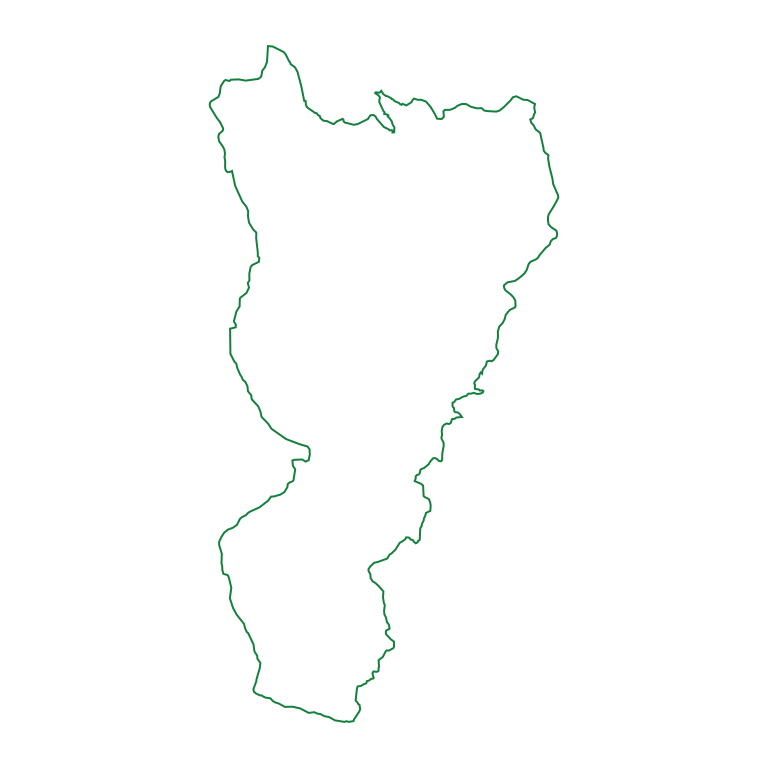 Matman, Shan, Myanmar (Natural Earth projection)
{"feature_id": "60261553B76959974834297", "entity_name": "Matman", "entity_type": "district", "adm_level": 2, "iso_a3": "MMR", "parent_name": "Myanmar", "parent_adm1": "Shan", "projection": "natural_earth1", "projection_center": [98.878, 22.187], "detail": "fine", "context": "isolated", "style": "outline", "palette": "green", "viewbox_px": 768, "rotation_deg": 0, "n_neighbors": 0, "source": "geoboundaries", "source_scale": "gbopen_adm2", "svg_char_len": 6081}
<svg xmlns="http://www.w3.org/2000/svg" viewBox="0 0 768 768"><path d="M256.3,681.3L253.4,689.2L254.0,691.8L256.0,693.5L260.0,695.4L261.7,695.4L263.6,696.8L266.0,697.7L270.4,698.3L272.8,701.0L274.9,702.3L278.7,703.5L284.9,706.9L292.5,706.7L300.1,708.4L308.7,712.9L314.3,712.2L317.7,713.7L320.3,714.0L324.2,716.1L329.1,717.1L335.1,720.4L344.6,721.9L346.3,721.2L348.8,721.9L353.5,721.1L354.0,719.4L359.3,711.4L360.2,709.2L359.5,704.8L358.1,703.9L357.4,702.3L355.9,700.9L355.7,700.0L356.9,688.7L357.7,686.4L361.1,685.9L363.7,684.2L365.1,683.9L366.4,683.1L366.8,681.2L369.1,680.5L371.0,678.9L373.4,678.5L373.7,677.7L372.8,675.2L372.5,673.2L373.4,671.5L377.2,671.8L378.6,670.7L378.5,668.4L379.0,666.9L378.6,660.2L382.8,657.0L385.8,651.2L386.7,650.4L388.9,650.6L393.4,648.1L394.1,646.3L393.9,641.6L390.8,639.3L386.1,634.3L385.8,632.2L386.2,630.5L389.5,628.8L389.5,628.1L389.0,625.1L388.1,623.4L387.1,622.5L385.8,617.1L384.4,614.4L384.1,610.8L384.8,605.2L383.9,602.9L383.0,597.6L383.4,591.4L378.7,586.1L375.3,582.9L372.8,581.5L370.6,578.2L370.4,574.4L368.6,571.0L368.5,569.1L370.4,566.3L374.1,562.8L377.8,562.0L387.1,558.6L389.5,554.7L391.9,553.1L395.4,549.7L399.9,542.6L401.4,542.0L405.2,539.3L406.3,537.3L409.3,537.7L410.4,539.4L412.9,540.1L414.0,541.9L415.7,543.3L417.5,542.4L418.0,541.1L419.7,539.9L420.3,528.2L421.7,526.0L421.8,524.2L423.7,520.4L424.0,518.2L425.0,516.5L426.0,512.9L430.3,510.9L430.7,505.4L430.1,502.2L428.9,499.1L424.6,497.0L423.6,496.0L423.1,485.6L421.3,483.9L414.7,481.1L415.7,478.5L415.7,476.4L416.9,475.0L418.5,474.6L419.7,473.4L420.2,470.7L420.9,469.2L424.1,468.0L428.8,464.2L429.6,462.4L432.8,458.5L434.6,458.0L436.7,458.8L439.0,461.0L440.9,461.3L442.1,460.2L442.3,453.3L443.7,445.9L443.6,442.7L441.7,439.0L441.4,437.6L442.1,434.8L441.7,431.0L442.5,426.8L444.1,424.8L446.6,423.5L449.2,424.0L451.0,422.6L451.5,420.4L452.2,418.9L454.0,419.1L456.5,417.5L461.9,417.0L459.5,413.7L457.7,412.4L455.3,412.2L454.3,411.3L454.0,408.1L452.6,406.6L452.5,402.8L454.3,401.9L456.0,399.5L459.3,398.8L462.7,396.8L466.6,395.7L468.2,393.7L471.3,393.6L473.8,392.9L477.2,394.0L480.1,393.7L482.8,392.5L483.3,390.9L482.1,390.3L479.9,390.6L478.7,389.4L475.1,389.0L474.7,387.2L475.2,385.3L474.2,383.4L475.0,381.3L479.1,377.3L479.6,374.2L480.7,372.5L482.1,373.7L482.2,371.8L482.9,369.5L485.9,365.6L486.9,361.5L490.1,360.7L491.6,361.3L493.7,359.9L497.9,354.1L498.2,351.3L496.4,348.2L496.3,344.8L497.9,338.0L497.9,331.2L499.4,326.4L502.6,323.1L504.7,319.1L505.7,315.0L508.0,311.9L509.9,309.9L515.0,307.4L515.6,305.9L515.2,300.3L513.5,297.4L511.0,294.7L505.3,290.2L504.2,287.9L503.9,285.4L507.5,282.3L514.7,281.0L518.6,278.5L524.4,273.5L526.7,270.0L528.7,263.9L530.5,261.8L535.9,259.4L538.1,257.7L539.4,255.3L545.7,247.9L549.7,244.6L550.9,241.1L552.8,239.1L555.9,238.0L556.8,236.3L557.2,233.5L556.3,230.5L551.3,227.3L548.6,224.4L548.0,220.8L548.0,217.2L548.7,214.4L554.2,205.5L558.3,197.9L558.0,195.2L553.2,184.1L552.5,178.9L549.4,166.6L548.1,158.7L548.4,155.1L545.3,152.8L543.7,150.7L543.5,148.1L540.1,132.8L535.6,129.3L533.6,125.3L531.2,122.7L530.3,119.5L532.9,118.2L534.1,114.3L535.1,112.5L534.2,107.4L535.0,104.0L527.8,100.1L523.3,99.7L516.4,96.3L513.0,97.2L510.3,100.7L504.0,106.9L499.7,110.5L496.3,111.6L487.5,111.1L484.2,110.5L481.7,108.2L477.0,108.3L471.0,106.8L466.0,104.0L461.8,104.0L457.6,105.7L454.6,108.0L449.8,109.9L444.9,109.9L443.4,111.3L443.9,116.8L441.7,119.0L437.1,118.7L434.9,114.1L430.6,106.9L425.9,101.5L421.2,99.8L417.7,99.8L414.0,98.6L412.7,99.9L411.4,102.3L406.3,105.4L402.5,103.8L401.6,104.8L400.3,104.3L399.0,103.0L395.0,101.3L392.8,99.3L391.6,99.0L391.1,98.1L387.1,96.1L385.9,96.0L383.3,94.1L381.3,90.8L379.6,92.7L375.9,92.3L375.2,93.1L377.8,94.9L379.4,96.5L380.0,97.9L379.4,99.4L379.3,102.1L383.5,111.2L384.6,112.3L384.2,113.9L387.8,114.7L388.3,115.5L387.7,116.4L389.7,118.3L391.8,121.5L392.6,124.5L394.4,127.4L394.2,132.3L392.5,132.5L392.5,130.5L391.4,130.1L390.0,130.5L388.3,129.1L384.0,127.1L376.8,118.9L375.5,116.4L373.4,115.0L370.4,115.3L367.8,119.1L357.6,124.1L353.9,124.8L344.7,122.5L343.6,121.3L343.5,119.9L342.7,118.9L337.4,121.1L333.7,124.1L333.1,124.0L327.0,121.1L323.4,120.7L320.5,118.2L319.6,115.7L318.2,115.3L316.6,113.2L315.2,113.0L307.2,107.4L305.9,105.0L305.6,100.9L304.2,100.8L301.2,85.8L297.5,71.9L295.0,67.3L290.6,64.1L290.1,62.3L289.1,61.3L285.8,54.6L283.8,52.1L272.7,46.5L268.0,46.1L267.0,62.0L264.8,67.5L262.3,70.6L261.3,76.3L260.3,77.5L258.3,78.9L245.8,80.6L238.7,79.4L231.0,79.7L229.4,81.0L225.5,80.0L224.0,81.1L220.7,86.3L219.8,93.3L218.4,96.9L210.8,101.5L210.1,102.9L209.7,104.1L210.0,106.8L216.4,117.3L220.2,122.4L223.1,128.3L223.0,130.1L222.3,131.1L219.0,134.0L218.3,136.9L219.1,141.2L223.2,147.2L224.4,149.7L225.0,153.5L224.5,157.1L225.2,161.2L225.1,167.4L225.4,169.3L226.1,170.9L227.5,172.1L230.8,171.7L232.0,171.0L235.2,185.9L242.2,201.4L246.3,206.6L248.2,211.2L248.0,216.1L249.0,222.6L253.1,229.4L256.3,232.6L256.2,238.4L257.8,252.3L257.8,256.2L259.3,257.9L258.9,261.8L252.2,265.1L250.7,266.9L249.3,273.6L249.4,280.5L247.8,283.0L249.0,287.7L246.4,293.0L240.3,297.8L239.8,299.1L239.6,306.4L236.3,311.7L233.9,321.4L235.9,324.9L235.7,327.3L230.1,328.7L230.4,353.8L234.1,361.2L236.4,363.9L237.3,368.0L240.1,374.6L241.3,376.3L242.9,379.9L245.2,381.7L247.4,386.1L248.0,391.3L251.2,395.2L251.7,399.2L258.3,406.4L260.4,411.5L261.6,417.0L268.1,423.6L271.5,428.8L286.1,439.1L300.2,444.4L307.5,446.5L309.6,449.4L309.8,454.5L308.7,460.2L305.5,461.6L302.3,459.5L294.1,459.8L292.4,460.5L292.9,465.7L295.2,469.3L293.5,480.2L292.8,481.2L289.9,482.4L287.7,484.1L287.4,487.1L284.4,492.1L280.4,494.6L273.7,496.5L271.1,496.6L268.1,500.7L259.4,507.4L250.3,511.5L247.4,513.4L246.2,515.0L241.7,517.3L240.0,518.8L237.0,524.8L233.0,527.7L228.0,529.6L224.3,532.5L221.3,537.1L219.1,542.0L219.2,545.1L221.8,553.9L221.5,563.7L222.1,565.4L222.4,570.3L223.4,573.9L227.5,575.0L228.3,576.1L229.4,579.7L231.3,587.8L229.9,598.3L233.1,608.1L236.7,614.7L244.1,624.0L244.8,627.5L246.8,632.1L248.1,633.0L253.5,644.4L254.3,650.5L254.7,651.9L257.2,655.7L257.4,658.7L260.4,663.0L259.7,668.4L256.5,679.3L256.3,681.3Z" fill="none" stroke="#15803d" stroke-width="2"/></svg>